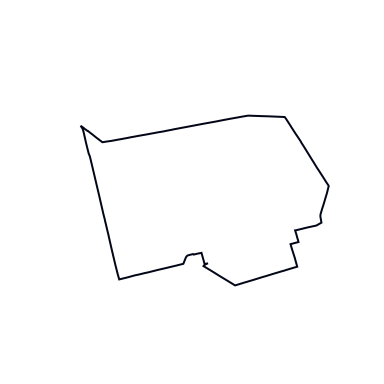 Pesac, Timis, Romania, rotated 302°
{"feature_id": "2599482B87731626232566", "entity_name": "Pesac", "entity_type": "district", "adm_level": 2, "iso_a3": "ROU", "parent_name": "Romania", "parent_adm1": "Timis", "projection": "mercator", "projection_center": [20.847, 45.978], "detail": "fine", "context": "isolated", "style": "outline", "palette": "ink", "viewbox_px": 384, "rotation_deg": 302, "n_neighbors": 0, "source": "geoboundaries", "source_scale": "gbopen_adm2", "svg_char_len": 2789}
<svg xmlns="http://www.w3.org/2000/svg" viewBox="0 0 384 384"><g transform="rotate(302 192 192)"><path d="M184.4,320.8L185.8,319.3L191.0,313.6L197.7,305.7L198.5,304.9L200.0,303.2L203.2,306.2L206.0,308.8L207.2,307.6L209.1,305.4L210.8,303.6L213.0,301.1L214.1,299.8L215.4,301.2L219.6,305.3L223.1,308.7L226.9,312.6L229.0,314.8L229.6,315.3L232.7,317.0L234.6,318.0L235.3,317.4L236.3,316.5L239.1,314.0L239.5,313.7L240.2,313.3L241.5,312.7L242.0,312.6L243.0,312.3L244.1,312.0L246.6,311.3L251.0,310.2L255.4,309.0L257.8,308.3L262.0,307.2L265.4,306.1L269.1,304.9L269.5,304.8L269.6,304.7L269.8,304.4L271.5,300.6L273.1,297.3L274.3,294.8L277.5,288.0L278.7,285.3L280.8,281.1L283.0,276.6L286.5,269.5L287.4,267.7L289.8,262.8L291.6,259.0L292.4,257.6L292.7,257.0L293.5,255.3L296.8,247.9L299.6,242.0L301.3,238.5L304.0,232.7L304.7,230.9L302.8,227.5L300.2,222.9L296.5,216.4L292.7,209.9L291.1,207.1L289.7,204.7L286.8,199.6L285.8,198.3L283.3,195.5L282.5,194.6L278.4,190.1L273.9,185.1L268.1,178.8L264.6,175.1L259.9,169.9L256.0,165.6L252.5,161.8L247.7,156.6L235.1,142.9L234.9,142.7L234.7,142.6L233.8,141.6L232.6,140.3L231.3,138.9L230.6,138.1L229.2,136.7L227.9,135.3L226.9,134.1L226.6,133.9L225.7,132.8L223.3,130.1L222.1,128.9L220.9,127.5L219.7,126.2L218.4,124.8L217.2,123.5L212.9,118.7L212.6,118.4L211.3,116.9L210.1,115.6L208.8,114.2L207.6,112.9L206.4,111.5L205.1,110.2L204.9,109.9L204.0,109.0L198.5,103.0L196.3,100.5L195.6,99.8L195.2,99.4L194.0,98.0L193.8,97.8L192.2,96.1L191.6,95.3L190.3,93.8L189.5,92.8L187.9,91.0L186.7,89.6L186.9,88.1L187.0,86.3L187.2,84.8L187.3,83.1L187.5,81.4L187.7,79.6L187.9,78.1L188.1,76.3L188.1,76.2L188.1,75.9L188.2,75.5L188.2,74.6L188.4,73.4L188.4,73.2L188.6,71.5L188.4,71.2L188.6,68.6L188.7,66.6L189.0,66.0L188.9,65.5L189.0,64.5L189.1,63.3L188.8,63.2L188.1,64.7L187.7,65.6L187.2,66.3L185.5,68.2L177.3,76.3L171.4,82.4L169.7,84.2L168.1,86.5L167.3,87.3L162.6,92.1L141.4,113.5L131.7,123.2L126.0,128.9L122.6,132.5L120.9,134.1L119.1,136.0L115.0,140.1L112.6,142.6L103.4,151.7L98.5,156.6L89.8,165.4L82.9,172.6L79.3,176.6L82.8,180.0L86.0,183.1L86.9,183.9L91.0,187.7L94.0,190.8L98.2,194.9L100.7,197.5L107.8,204.3L113.5,210.0L118.7,215.1L120.8,217.2L126.5,222.7L128.8,222.3L133.2,221.5L133.8,221.5L134.3,221.5L134.8,221.6L135.2,221.7L135.4,221.8L135.7,221.9L136.2,222.2L137.0,223.0L137.8,223.7L140.0,225.9L139.9,226.7L142.5,229.2L145.4,232.3L142.3,235.7L140.4,237.8L137.6,240.8L140.0,243.4L139.4,242.9L138.6,242.3L137.3,241.6L136.1,241.1L135.3,241.0L135.3,244.3L135.4,251.3L135.4,259.3L135.5,267.0L135.6,274.5L135.6,278.0L136.6,278.9L138.2,280.3L141.9,283.5L145.4,286.6L149.5,290.2L151.9,292.3L156.9,296.6L158.9,298.4L162.2,301.3L165.0,303.7L169.2,307.4L171.6,309.5L174.0,311.7L176.6,313.9L177.6,314.8L181.5,318.2L183.6,320.1L184.4,320.8Z" fill="none" stroke="#020617" stroke-width="2"/></g></svg>